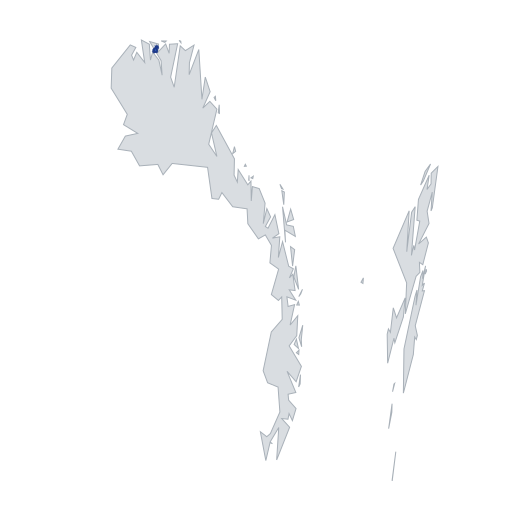 location of Tysnes nor, Hordaland, Norway, rotated 99°
{"feature_id": "86288312B12130707961185", "entity_name": "Tysnes nor", "entity_type": "district", "adm_level": 2, "iso_a3": "NOR", "parent_name": "Norway", "parent_adm1": "Hordaland", "projection": "equal_earth", "projection_center": [5.536, 59.979], "detail": "fine", "context": "in_parent", "style": "filled", "palette": "blue", "viewbox_px": 512, "rotation_deg": 99, "n_neighbors": 0, "source": "geoboundaries", "source_scale": "gbopen_adm2", "svg_char_len": 6337}
<svg xmlns="http://www.w3.org/2000/svg" viewBox="0 0 512 512"><g transform="rotate(99 256 256)"><path d="M314.5,220.2L292.4,224.2L296.4,226.9L291.7,234.8L265.4,231.6L260.6,241.2L243.1,242.4L233.7,250.1L238.7,256.3L225.4,269.1L210.8,272.2L211.0,286.7L198.7,299.6L205.8,301.8L206.1,308.5L176.0,317.7L177.7,353.3L190.3,360.5L180.9,367.3L185.2,385.1L172.0,395.5L172.1,409.1L158.0,403.8L153.4,392.0L147.0,407.4L136.2,405.3L112.9,425.3L92.9,427.8L67.2,413.2L68.8,407.3L77.1,410.3L81.6,407.6L73.5,405.6L82.3,396.2L60.6,403.0L63.5,394.5L79.0,390.9L70.8,390.0L77.7,382.6L92.1,377.0L77.9,380.3L60.8,394.6L61.9,385.5L70.1,384.8L60.7,378.4L69.4,373.5L60.4,374.6L58.6,366.6L92.7,368.3L102.1,363.2L60.3,363.7L64.2,357.9L57.4,350.2L75.5,352.0L87.4,350.4L61.0,344.8L109.7,333.9L87.2,334.1L100.9,327.0L118.3,331.7L110.5,325.8L117.1,317.6L153.0,320.2L163.8,310.2L141.4,319.2L133.3,315.6L163.4,292.5L179.6,290.3L185.9,286.0L173.4,287.1L187.0,275.2L182.8,272.7L202.4,269.3L188.0,270.4L188.9,263.4L202.4,255.3L222.9,253.9L207.5,252.7L215.1,247.7L225.4,251.4L226.7,248.5L212.2,243.8L230.4,236.9L235.8,242.6L233.3,235.5L254.0,233.7L237.7,232.0L261.0,222.1L262.8,217.1L272.4,219.6L268.2,216.8L284.0,212.0L284.2,217.9L293.4,209.8L291.5,219.1L300.8,216.4L298.0,210.3L318.9,211.5L308.4,205.4L328.3,203.3L339.6,209.2L357.9,193.9L373.9,196.7L365.0,207.3L384.6,195.3L387.5,202.7L393.3,201.2L400.4,192.6L412.9,194.3L406.5,198.7L412.2,198.9L412.5,205.2L419.9,196.0L454.2,203.7L421.8,206.7L437.3,212.9L456.5,214.3L428.9,224.2L432.8,217.1L429.1,214.0L406.4,208.0L382.0,213.7L379.4,224.7L368.2,231.0L328.6,229.0L314.5,220.2ZM216.1,87.8L238.5,89.9L236.7,93.6L246.6,91.6L251.0,94.7L289.8,99.5L259.0,103.0L227.0,121.8L187.4,111.8L228.2,107.8L188.4,109.1L182.4,106.5L231.1,102.6L220.8,101.8L225.3,100.3L195.9,99.7L195.5,102.7L174.7,104.4L149.1,97.6L163.6,97.5L157.4,94.4L146.8,95.9L139.1,90.3L180.8,89.4L184.1,90.2L165.3,91.9L185.0,94.0L196.8,90.2L218.7,97.3L210.7,90.7L216.1,87.8ZM263.9,84.2L300.0,87.8L309.2,84.2L313.5,84.6L311.2,86.6L328.7,85.2L368.4,89.0L324.7,95.3L270.9,92.6L264.4,91.7L279.6,90.3L250.9,90.2L244.2,88.8L252.4,87.9L239.2,87.0L259.0,87.2L256.4,85.4L264.5,86.3L263.9,84.2ZM293.1,100.9L320.0,105.3L315.6,106.9L341.3,109.2L312.7,114.2L307.3,113.8L310.4,111.3L285.7,112.3L295.1,107.5L274.0,102.1L293.1,100.9ZM226.0,231.5L237.9,229.0L203.2,237.5L220.5,230.6L220.9,223.8L230.5,220.2L226.0,231.5ZM243.7,218.8L260.2,218.3L241.3,223.4L243.7,218.8ZM259.5,215.1L282.3,208.7L270.7,215.4L259.5,215.1ZM137.8,98.0L155.9,102.5L160.2,104.5L146.0,102.2L137.8,98.0ZM214.1,224.5L217.5,230.6L204.3,229.1L214.1,224.5ZM338.5,196.7L330.0,200.8L317.0,199.0L331.6,198.2L338.5,196.7ZM340.7,199.6L337.4,204.5L331.8,203.1L340.7,199.6ZM188.4,238.0L201.0,236.6L187.5,240.7L188.4,238.0ZM455.9,86.5L427.4,87.3L456.9,86.3L455.9,86.5ZM389.1,97.4L405.8,98.0L380.6,98.5L389.1,97.4ZM366.2,193.5L375.5,192.4L378.7,193.4L366.2,193.5ZM346.6,198.4L345.2,201.0L342.3,198.8L346.6,198.4ZM297.7,205.5L298.0,208.1L294.2,207.1L297.7,205.5ZM266.4,146.1L265.5,148.2L260.8,146.5L266.4,146.1ZM368.7,99.9L360.9,99.7L360.1,99.1L368.7,99.9ZM155.8,292.5L158.5,295.0L151.4,294.4L155.8,292.5ZM281.6,204.9L286.5,205.9L289.4,207.4L281.6,204.9ZM244.1,85.2L247.5,86.1L242.4,85.8L244.1,85.2ZM120.5,315.7L112.4,316.0L120.9,314.4L120.5,315.7ZM109.0,320.0L106.0,322.2L104.6,321.1L109.0,320.0ZM185.5,241.3L181.4,243.6L185.7,239.8L185.5,241.3ZM59.3,379.5L58.4,383.3L57.7,378.3L59.3,379.5ZM179.6,273.2L177.6,271.2L180.1,271.3L179.6,273.2ZM438.8,210.4L438.3,212.5L437.9,212.2L438.8,210.4ZM181.9,275.1L177.4,275.5L182.9,274.6L181.9,275.1ZM168.8,279.6L169.3,281.5L167.1,280.9L168.8,279.6ZM57.1,363.5L55.1,365.7L55.6,363.9L57.1,363.5Z" fill="#d9dde1" stroke="#a8b0b8" stroke-width="1"/><path d="M69.8,385.7L69.6,385.7L69.6,385.8L69.7,386.0L69.5,385.9L69.5,385.7L69.3,385.8L69.1,385.9L69.1,386.0L69.3,386.0L69.1,386.1L69.0,386.3L68.9,386.2L68.7,386.1L68.7,385.9L68.4,386.0L67.9,386.0L67.7,386.1L67.5,386.3L67.9,386.2L68.1,386.3L67.9,386.3L67.6,386.4L67.4,386.5L67.4,386.4L67.1,386.2L66.9,386.2L66.8,386.3L66.6,386.2L66.5,386.3L66.3,386.5L66.2,386.8L66.3,386.9L66.4,387.0L66.5,387.1L66.4,387.1L66.5,387.1L66.4,387.2L66.5,387.2L66.5,387.3L66.7,387.5L66.4,387.6L66.2,387.4L66.0,387.5L65.9,387.5L65.7,387.5L65.7,387.4L65.8,387.3L65.7,387.3L65.4,387.5L65.4,387.4L65.5,387.3L65.2,387.2L65.2,387.3L65.0,387.5L64.9,387.4L64.7,387.5L64.8,387.6L65.0,387.7L65.1,387.8L65.8,388.0L66.5,388.5L66.6,388.4L66.7,388.2L66.7,388.3L66.8,388.3L66.7,388.2L66.8,388.2L66.5,388.0L66.8,388.1L66.8,387.7L66.9,387.8L67.0,388.0L66.9,388.1L67.0,388.4L67.3,388.6L67.2,388.6L67.2,388.8L67.3,388.9L67.3,389.1L67.5,389.3L67.6,389.5L67.9,389.5L68.0,389.5L68.1,389.3L68.4,389.1L68.6,388.9L68.8,388.7L68.8,388.8L68.8,389.0L69.0,389.1L69.3,388.9L69.4,389.0L69.5,389.0L69.4,389.0L69.5,389.1L69.3,389.2L69.3,389.3L69.4,389.2L69.5,389.3L69.6,389.2L69.7,389.3L69.7,389.2L69.8,389.2L69.7,389.1L69.8,388.8L69.7,388.7L69.6,388.9L69.4,388.9L69.1,388.7L68.9,388.6L69.1,388.3L69.2,388.2L69.5,387.8L69.6,387.7L69.8,387.6L70.0,387.6L70.2,387.4L70.3,387.4L70.2,387.2L70.3,386.9L70.4,386.7L70.3,386.3L70.3,386.2L70.2,386.1L70.2,385.9L70.0,385.7L69.8,385.7ZM64.5,385.6L64.4,385.7L64.5,385.8L64.4,385.8L64.4,386.0L64.5,386.0L64.4,386.2L64.5,386.2L64.5,386.3L64.3,386.5L64.2,386.6L64.3,386.6L64.2,386.7L64.2,386.8L64.3,386.9L64.3,387.0L64.5,387.1L64.6,387.3L64.6,387.5L64.7,387.4L64.8,387.4L64.7,387.3L64.9,387.2L64.7,387.0L64.8,387.0L64.9,386.9L65.0,386.9L64.8,387.0L65.0,387.1L65.3,387.0L65.1,387.1L65.5,387.1L65.4,387.1L65.5,387.1L65.8,387.0L65.8,386.9L65.7,386.9L65.8,386.9L65.9,386.6L65.7,386.6L65.8,386.6L65.9,386.3L65.7,386.3L65.8,386.2L65.7,386.1L65.5,385.9L65.4,385.7L65.4,385.8L65.3,385.7L65.2,385.7L65.3,385.7L65.2,385.7L64.5,385.6ZM68.7,388.9L68.5,389.0L68.4,389.1L68.2,389.5L68.3,389.5L68.5,389.7L68.6,389.8L68.8,389.8L69.0,389.3L68.8,388.9L68.7,388.9ZM70.7,388.5L70.4,388.7L70.5,388.7L70.4,388.7L70.4,388.9L70.6,388.9L70.5,389.0L70.6,388.9L70.8,388.8L70.8,388.7L70.7,388.5ZM70.0,388.6L69.8,388.7L69.9,388.8L69.9,389.0L70.0,389.1L70.1,388.9L70.1,388.7L70.0,388.6ZM67.9,385.7L67.9,385.8L68.2,385.9L68.4,385.8L68.2,385.8L68.3,385.7L68.2,385.7L68.1,385.8L68.1,385.7L67.9,385.7ZM65.9,385.8L65.6,385.6L65.6,385.9L65.6,386.0L65.8,386.1L65.8,385.9L65.7,385.8L65.8,385.8L65.7,385.8L65.8,385.7L65.8,385.8L65.9,385.8Z" fill="#3b82f6" stroke="#1e3a8a" stroke-width="1.5"/></g></svg>